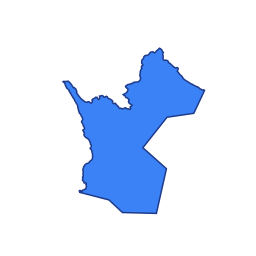 outline of Morobo, Central Equatoria, South Sudan, rotated 133°
{"feature_id": "79223893B16328156709571", "entity_name": "Morobo", "entity_type": "district", "adm_level": 2, "iso_a3": "SSD", "parent_name": "South Sudan", "parent_adm1": "Central Equatoria", "projection": "robinson", "projection_center": [30.83, 3.714], "detail": "fine", "context": "isolated", "style": "filled", "palette": "blue", "viewbox_px": 256, "rotation_deg": 133, "n_neighbors": 0, "source": "geoboundaries", "source_scale": "gbopen_adm2", "svg_char_len": 4714}
<svg xmlns="http://www.w3.org/2000/svg" viewBox="0 0 256 256"><g transform="rotate(133 128 128)"><path d="M48.4,97.6L48.4,98.7L49.5,99.3L49.6,99.9L50.2,102.3L50.2,103.4L50.3,104.8L51.1,106.3L51.5,108.0L52.0,109.2L52.0,110.3L52.9,112.7L53.0,113.9L53.4,115.8L53.9,118.2L54.1,119.8L54.1,121.4L53.4,123.7L53.5,126.0L53.4,127.4L53.0,129.1L53.0,130.7L51.4,131.2L50.1,132.0L50.2,133.2L51.8,134.4L52.0,135.6L52.2,136.7L52.1,138.4L52.1,139.8L52.1,141.5L52.4,142.3L52.6,142.9L51.8,144.1L51.9,145.4L52.5,146.5L53.8,147.6L53.9,148.8L53.3,150.0L52.3,150.5L51.3,151.4L50.8,152.4L50.2,153.1L48.6,153.7L48.5,155.1L47.7,156.9L48.1,159.3L49.4,159.5L50.9,159.5L51.8,159.8L53.4,159.5L55.1,159.9L55.2,161.7L56.8,163.0L58.2,163.3L59.1,163.0L60.3,163.0L61.7,163.4L62.5,164.3L63.7,165.0L65.3,164.9L66.0,164.4L66.6,164.1L68.5,164.3L70.5,163.0L71.4,161.8L71.4,161.0L72.0,159.9L73.3,160.3L74.3,159.8L74.8,159.1L74.9,158.4L76.1,158.4L77.1,158.1L78.3,157.6L79.2,156.8L79.9,156.3L81.3,155.4L82.1,154.3L82.6,153.0L84.2,152.0L85.1,151.8L86.6,151.8L87.5,152.2L88.4,152.8L88.7,153.3L90.7,155.0L91.6,155.0L92.6,155.4L93.1,156.0L94.1,155.9L94.8,156.7L96.2,157.6L97.4,158.1L98.4,158.3L99.5,158.0L99.7,156.6L99.5,155.2L99.6,154.4L100.3,154.0L101.9,153.2L102.9,153.3L104.1,153.4L105.5,153.8L106.8,154.4L106.9,152.9L106.4,151.6L107.1,150.7L107.1,149.9L106.5,149.0L106.5,147.7L106.6,146.2L107.6,146.2L108.1,145.8L108.8,145.2L109.0,144.5L109.0,143.4L108.7,142.2L108.5,141.1L108.8,140.4L109.7,140.4L110.2,140.8L111.1,140.8L111.8,140.1L111.9,139.3L113.0,139.2L113.6,139.8L113.7,140.7L114.4,141.6L114.9,142.1L114.7,143.2L115.2,143.9L116.0,144.2L116.8,144.4L117.5,145.0L118.0,145.4L118.0,146.1L118.5,146.8L119.3,147.3L119.4,148.5L118.9,149.4L118.9,150.3L118.9,151.9L118.7,153.3L118.7,154.4L119.9,154.9L120.1,155.5L119.9,156.8L118.8,157.5L118.7,158.5L118.9,160.0L118.9,160.3L119.4,161.7L119.7,162.6L119.6,163.8L119.3,164.3L119.5,165.4L120.5,165.8L121.4,166.0L121.9,166.5L121.5,167.7L121.8,168.3L122.2,169.4L123.1,169.8L124.1,170.6L124.7,169.7L125.8,168.8L127.0,168.9L127.5,169.6L126.8,170.8L126.7,171.6L127.7,172.7L129.0,172.7L130.1,173.2L130.9,173.5L132.2,173.4L132.7,172.2L133.5,171.8L134.7,171.8L135.3,172.8L135.3,173.7L135.4,174.5L136.3,175.3L137.0,175.3L137.3,175.8L138.1,176.9L138.3,177.8L138.3,179.3L138.6,181.2L138.6,182.7L138.3,184.6L137.9,187.0L137.4,189.6L136.4,190.0L135.9,191.2L135.1,192.5L135.1,193.7L135.1,194.8L135.7,195.2L135.5,196.4L135.1,198.0L134.8,199.2L134.5,200.9L134.5,202.7L134.5,203.7L135.3,204.2L136.0,205.0L136.7,205.4L136.9,205.7L137.6,206.8L138.5,207.0L138.3,205.6L138.4,204.8L138.8,204.1L139.3,203.2L139.7,202.2L140.1,201.4L140.5,200.3L140.6,199.3L140.6,197.8L140.6,196.6L141.2,196.1L141.3,195.3L141.7,194.4L141.9,193.5L141.9,192.8L142.4,192.0L142.6,191.2L142.8,190.3L143.2,189.1L143.5,188.0L143.5,187.4L144.1,186.1L144.6,184.8L144.7,183.9L145.1,183.1L145.3,182.1L145.6,181.1L145.9,180.3L146.3,179.7L147.0,179.1L147.4,178.3L147.7,177.9L148.1,177.3L148.5,176.8L149.0,175.8L149.7,174.8L150.3,173.4L150.3,172.0L150.7,171.2L150.8,170.9L151.1,170.5L151.2,170.0L151.5,168.9L151.7,168.1L151.9,167.8L152.4,167.3L152.8,167.0L153.5,166.7L154.6,166.5L155.2,166.2L155.3,165.7L155.6,164.9L155.8,164.4L155.9,163.7L156.7,162.5L157.1,161.3L157.7,159.6L158.5,159.4L159.4,159.2L160.1,159.6L160.6,159.3L160.8,158.1L161.3,157.0L161.7,156.2L162.1,156.0L163.0,155.7L163.3,155.0L163.6,154.4L163.6,153.9L163.6,153.1L163.7,152.7L163.7,152.0L163.5,151.3L163.3,150.5L163.2,149.8L163.3,148.9L163.4,148.2L163.8,147.1L164.2,146.3L164.5,145.7L164.7,145.2L164.8,144.8L165.4,144.5L165.5,144.0L165.5,143.2L165.9,142.6L166.6,142.4L167.2,142.0L168.1,141.9L168.5,141.9L168.9,141.6L168.9,141.0L168.9,140.0L169.2,139.3L169.9,138.3L170.7,137.1L171.6,135.8L172.5,135.0L173.3,134.1L174.0,133.6L175.1,133.0L176.5,132.8L177.4,133.1L178.2,133.1L178.9,133.2L179.4,133.1L180.1,132.8L180.7,133.0L181.3,133.4L182.0,133.9L182.7,134.2L183.4,134.2L184.4,134.4L184.9,134.2L185.9,134.1L186.6,134.0L187.4,133.5L188.4,133.1L189.4,132.5L189.8,132.0L190.1,131.5L190.5,130.9L191.1,130.6L191.5,130.2L191.7,129.8L192.5,129.4L193.0,128.8L193.4,128.3L193.9,127.8L194.4,127.8L194.9,127.8L195.2,127.4L195.4,126.8L195.9,126.5L196.8,126.1L197.2,125.6L197.3,125.1L197.3,124.6L197.2,124.0L197.6,123.4L198.1,122.9L198.0,122.3L197.2,121.6L196.8,121.1L197.1,120.7L197.6,120.3L198.0,120.3L198.1,119.8L198.3,119.5L198.8,119.1L199.0,118.5L199.4,118.4L199.9,118.0L200.8,117.7L201.6,117.4L202.1,117.8L202.9,118.0L203.6,118.2L204.5,118.8L205.0,118.6L205.6,118.4L205.8,118.9L206.1,120.0L206.6,120.7L207.3,120.7L207.1,119.2L207.7,119.2L208.3,120.0L193.6,92.9L193.6,74.4L171.1,49.0L158.3,56.5L131.6,72.1L132.3,103.7L93.5,106.8L72.4,89.9L48.4,97.6Z" fill="#3b82f6" stroke="#1e3a8a" stroke-width="1.5"/></g></svg>